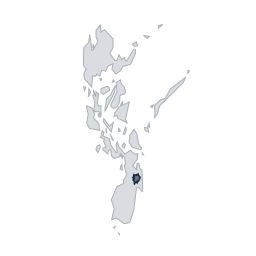 location of Tarlac, Tarlac, Philippines, rotated 187°
{"feature_id": "2640588B80128813909947", "entity_name": "Tarlac", "entity_type": "district", "adm_level": 2, "iso_a3": "PHL", "parent_name": "Philippines", "parent_adm1": "Tarlac", "projection": "equal_earth", "projection_center": [120.673, 15.515], "detail": "fine", "context": "in_parent", "style": "filled", "palette": "slate", "viewbox_px": 256, "rotation_deg": 187, "n_neighbors": 0, "source": "geoboundaries", "source_scale": "gbopen_adm2", "svg_char_len": 5154}
<svg xmlns="http://www.w3.org/2000/svg" viewBox="0 0 256 256"><g transform="rotate(187 128 128)"><path d="M120.3,32.6L128.5,37.3L133.1,34.9L131.9,46.6L135.9,54.6L131.8,68.5L125.8,72.2L126.0,76.1L123.6,81.2L127.0,89.9L126.2,92.3L127.8,98.4L132.7,101.9L132.5,98.7L137.3,96.2L140.7,98.1L142.5,104.6L144.7,103.3L144.9,100.0L150.4,103.3L150.3,105.0L147.5,106.2L150.5,111.8L150.2,114.2L154.1,115.3L153.2,122.3L151.2,120.4L152.0,117.1L144.9,115.1L143.2,109.2L136.9,102.3L135.5,102.6L137.8,109.9L137.0,112.9L134.5,108.0L127.9,101.8L123.1,106.1L117.5,102.6L115.3,103.8L115.0,98.1L118.6,91.3L114.7,87.8L114.7,93.7L113.1,94.2L111.0,89.1L109.1,88.3L105.7,67.4L106.4,66.4L110.0,70.5L112.3,69.6L112.2,47.0L114.9,34.2L120.3,32.6ZM169.1,164.3L177.2,171.5L178.5,176.4L176.7,181.8L179.2,183.5L180.3,187.7L181.7,202.1L177.4,208.0L177.4,216.2L173.2,200.8L171.7,201.8L168.3,210.5L170.7,213.8L171.6,221.2L168.0,226.9L166.7,219.8L163.3,222.7L153.8,214.8L152.7,205.9L155.2,199.8L149.1,193.5L147.2,193.6L146.0,199.6L142.7,195.2L139.9,197.8L139.3,194.9L137.4,194.3L132.1,206.5L130.1,206.3L129.7,202.8L133.2,191.6L140.7,188.4L142.2,184.2L146.5,180.2L151.1,184.2L150.6,190.0L155.0,187.3L157.3,181.7L161.0,182.3L162.5,176.1L165.5,177.7L166.3,175.3L169.5,175.5L169.1,164.3ZM145.2,171.6L141.6,174.8L140.1,170.9L136.7,168.4L134.9,163.3L135.7,161.3L140.0,159.4L139.5,153.1L141.4,147.4L144.4,145.8L147.2,146.9L147.9,149.0L143.4,162.7L145.2,171.6ZM166.3,122.9L169.6,127.9L169.2,136.8L172.0,145.0L166.4,143.5L164.2,140.6L162.8,137.3L163.7,134.3L157.5,128.5L155.8,122.2L166.3,122.9ZM129.5,132.9L139.7,136.8L140.4,139.1L143.3,137.7L142.9,141.4L139.0,148.3L129.9,154.0L131.6,136.1L129.5,132.9ZM90.7,171.9L77.1,185.2L78.6,180.0L99.5,153.5L100.4,146.1L103.2,141.0L102.9,146.4L104.7,153.2L99.2,159.8L94.6,161.9L90.7,171.9ZM112.6,108.1L121.5,109.4L125.1,113.8L125.3,121.2L121.9,127.5L118.4,123.1L115.4,113.3L112.0,109.7L112.6,108.1ZM159.0,140.6L163.0,140.1L164.1,142.5L164.0,148.9L166.8,156.1L165.4,157.8L163.7,155.2L164.2,160.2L161.4,158.2L161.4,149.0L160.0,146.3L157.6,146.8L156.3,137.7L159.0,140.6ZM145.7,168.9L145.9,161.2L153.1,141.6L152.8,154.7L149.4,158.8L145.7,168.9ZM159.4,163.9L154.1,166.7L152.0,166.3L150.7,163.4L156.5,158.3L159.2,160.3L159.4,163.9ZM144.1,122.0L153.1,131.2L153.1,134.4L146.8,127.5L143.3,131.8L144.1,122.0ZM156.4,106.4L154.4,107.9L152.9,105.9L155.0,99.8L157.1,102.8L156.4,106.4ZM134.1,211.8L130.1,214.6L128.6,210.8L131.2,209.7L134.1,211.8ZM106.9,126.3L110.7,127.5L111.7,130.6L108.3,130.6L106.9,126.3ZM129.4,107.8L131.6,108.9L130.4,112.7L128.5,110.9L129.4,107.8ZM119.7,219.4L123.9,221.8L117.9,221.6L119.7,219.4ZM171.6,162.0L169.4,158.9L171.3,154.1L171.1,157.0L171.6,162.0ZM132.0,121.0L130.5,129.2L129.5,125.8L130.4,121.8L132.0,121.0ZM110.0,230.9L110.3,233.4L106.1,234.9L110.0,230.9ZM130.7,86.0L130.6,89.6L129.6,91.1L128.5,85.5L130.7,86.0ZM138.2,149.6L136.4,154.3L136.4,151.6L138.2,149.6ZM108.6,132.0L107.6,135.4L106.6,131.4L108.6,132.0ZM159.4,138.3L158.0,138.4L156.6,135.7L158.3,135.4L159.4,138.3ZM137.1,123.4L137.1,126.5L135.1,123.9L137.1,123.4ZM177.0,163.7L174.9,163.1L175.8,159.8L177.0,163.7ZM141.9,114.1L145.5,120.3L141.0,114.2L141.9,114.1ZM108.3,152.1L105.9,153.9L106.5,151.1L108.3,152.1ZM148.9,171.5L148.5,174.1L147.1,172.8L148.9,171.5ZM149.3,121.6L150.1,125.3L148.4,120.7L149.3,121.6ZM75.5,192.5L74.3,192.3L74.6,190.0L75.5,189.7L75.5,192.5ZM161.8,173.6L160.2,173.7L160.1,172.3L161.0,172.0L161.8,173.6ZM172.8,206.3L171.7,204.7L172.0,203.0L172.8,203.8L172.8,206.3ZM110.5,103.6L111.2,105.6L109.4,103.3L110.5,103.6ZM166.4,159.0L167.1,161.7L165.3,158.4L166.4,159.0ZM130.0,27.6L128.3,29.3L129.5,26.8L130.0,27.6ZM132.3,100.2L129.9,98.6L129.9,97.5L132.3,100.2ZM123.5,21.1L125.0,23.0L123.3,21.7L123.5,21.1Z" fill="#d9dde1" stroke="#a8b0b8" stroke-width="1"/><path d="M115.1,74.5L115.0,73.7L114.9,73.3L114.7,73.2L114.6,73.6L114.6,73.8L114.6,74.0L114.4,74.3L114.4,74.6L114.2,74.8L113.8,75.0L113.5,75.2L113.4,75.3L113.4,75.2L113.2,75.1L113.1,74.9L112.9,74.9L112.7,74.9L112.5,75.0L112.4,74.9L112.4,75.0L112.2,75.1L112.2,75.3L112.2,75.5L112.0,75.8L111.9,75.8L111.8,76.0L111.7,76.3L111.7,76.5L111.4,76.5L111.2,76.5L111.0,76.9L111.1,77.2L110.7,77.5L110.3,78.4L110.1,79.5L110.1,80.7L111.3,81.7L111.9,82.6L112.3,83.6L112.5,83.5L112.6,83.4L112.8,83.3L113.0,83.2L113.3,83.0L113.5,82.9L113.7,82.7L113.8,82.7L114.0,82.7L114.3,82.4L114.2,82.3L114.3,82.3L114.3,82.2L114.3,82.3L114.3,82.2L114.5,82.1L114.8,82.1L115.0,82.1L115.3,82.2L115.5,81.9L115.6,82.0L115.9,82.1L116.0,82.1L116.2,81.9L116.3,82.0L116.4,81.9L116.5,82.0L116.5,81.8L116.5,81.7L116.4,81.7L116.6,81.3L116.6,81.2L116.4,81.2L116.4,80.9L116.4,80.7L116.5,80.6L116.5,80.4L116.4,80.4L116.5,80.3L116.5,80.2L116.6,79.9L116.6,79.7L116.5,79.4L116.4,79.3L116.5,79.3L116.4,79.2L116.5,79.2L116.4,79.2L116.5,79.1L116.5,78.9L116.5,78.7L116.4,78.7L116.5,78.7L116.4,78.6L116.5,78.6L116.4,78.5L116.4,78.4L116.3,78.2L116.3,78.3L116.3,78.2L116.3,77.9L116.3,78.0L116.3,77.9L116.2,77.9L116.3,77.7L116.3,77.4L116.5,77.3L116.5,77.2L116.5,76.9L116.4,76.9L116.2,76.9L115.9,76.9L115.8,76.7L115.7,76.6L115.6,76.4L115.5,76.2L115.4,75.9L115.3,75.5L115.3,75.4L115.2,75.2L115.1,74.5L115.1,74.5Z" fill="#64748b" stroke="#1e293b" stroke-width="1.5"/></g></svg>